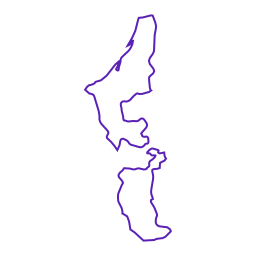 the Emirate of Ras Al Khaymah
{"feature_id": "ARE-338", "entity_name": "Ras Al Khaymah", "entity_type": "Emirate", "adm_level": 1, "iso_a3": "ARE", "parent_name": "United Arab Emirates", "parent_adm1": "", "projection": "mercator", "projection_center": [56.062, 25.448], "detail": "fine", "context": "isolated", "style": "outline", "palette": "violet", "viewbox_px": 256, "rotation_deg": 0, "n_neighbors": 0, "source": "natural_earth", "source_scale": "10m", "svg_char_len": 3373}
<svg xmlns="http://www.w3.org/2000/svg" viewBox="0 0 256 256"><path d="M150.9,15.4L152.7,15.6L155.3,22.5L156.1,26.2L155.7,29.5L154.7,34.9L154.0,51.1L152.9,53.7L149.8,58.1L149.0,60.8L149.7,63.8L153.5,68.9L154.2,71.2L153.1,73.5L151.0,75.2L149.2,77.0L149.1,80.1L149.9,88.2L150.8,90.3L151.1,90.5L148.9,92.0L142.1,93.9L139.9,94.0L138.5,93.8L137.5,93.4L136.7,93.6L135.8,94.2L133.9,95.8L129.9,100.1L128.1,101.1L126.7,101.5L125.7,101.5L124.4,101.3L122.7,101.5L121.4,102.5L120.8,103.7L120.8,105.1L121.6,108.8L121.6,110.2L123.0,116.0L123.4,119.0L123.5,119.7L123.9,120.2L124.5,120.5L126.1,120.8L126.5,121.0L127.6,121.4L128.2,121.5L133.2,121.0L136.6,121.2L137.7,121.0L138.6,120.5L140.7,118.8L140.9,118.8L141.2,118.6L141.9,118.5L142.6,118.5L143.1,118.7L143.3,118.8L144.1,119.6L146.2,122.5L146.7,123.6L147.1,125.0L146.7,126.6L145.7,128.2L141.8,132.6L141.3,133.3L141.2,133.7L141.4,134.1L141.6,134.3L141.8,134.6L142.0,135.0L142.2,135.6L142.4,136.1L143.0,136.5L143.9,136.8L145.0,136.8L146.3,136.5L147.4,137.0L148.2,138.1L148.5,141.8L148.0,143.2L147.2,143.7L146.3,143.7L145.4,144.0L144.3,145.4L143.3,146.3L142.0,147.0L140.6,147.3L138.9,147.0L130.9,144.7L129.9,144.1L129.0,143.1L128.4,142.1L127.8,141.3L126.5,140.3L123.1,138.7L122.0,138.9L120.8,139.6L120.2,141.3L119.5,145.4L117.3,150.1L114.7,146.2L111.2,142.0L107.0,138.0L106.8,136.5L107.4,135.1L108.2,133.7L108.3,131.9L107.2,130.3L101.1,123.6L100.0,121.4L99.5,119.7L99.4,119.1L99.5,117.3L99.3,114.5L98.6,110.7L94.2,96.2L93.3,94.8L92.1,94.2L90.5,93.7L89.3,93.5L85.3,89.9L85.1,89.7L87.3,86.6L89.1,85.2L90.6,85.0L92.6,84.3L94.5,83.4L95.2,82.2L96.0,81.7L100.8,80.4L106.6,75.7L115.4,64.5L119.8,60.6L118.8,62.3L117.8,66.0L116.1,69.1L116.8,70.2L118.0,70.5L118.6,69.9L118.9,67.2L120.4,62.1L120.8,58.7L121.8,57.2L128.7,50.7L130.1,48.8L131.3,46.7L132.3,44.2L133.0,40.8L131.9,40.8L131.3,42.5L130.3,43.9L129.1,45.0L127.6,45.7L131.8,38.5L135.3,30.9L138.2,19.4L138.9,17.8L142.6,17.5L150.9,15.4ZM164.2,152.5L164.5,155.4L165.1,157.2L166.0,158.7L164.5,160.6L160.1,162.8L159.7,167.2L159.8,167.9L157.8,168.7L153.3,169.2L152.3,169.9L152.2,171.1L153.0,174.8L153.2,176.8L153.1,178.8L151.2,190.2L151.1,192.3L151.3,193.9L151.7,195.3L152.2,196.5L152.9,199.0L151.1,200.0L150.9,200.9L151.0,202.1L154.2,207.3L156.3,212.3L157.0,214.5L157.0,215.9L156.5,217.0L155.9,218.8L155.7,222.4L156.5,224.4L157.9,225.7L159.4,226.3L167.3,227.3L170.1,229.4L170.8,231.4L165.5,236.7L162.6,238.1L156.5,238.9L154.1,240.0L143.5,240.6L134.6,232.4L130.4,229.5L129.1,221.6L127.2,216.4L122.8,213.6L122.4,213.5L122.5,211.7L121.6,207.9L118.8,202.5L118.2,200.7L118.0,198.0L118.0,195.8L118.3,193.5L121.9,184.8L122.9,183.2L122.9,182.5L122.3,181.2L121.4,180.0L119.4,177.7L118.7,176.7L118.6,175.9L118.5,175.0L120.0,172.5L122.3,170.7L124.1,168.2L130.1,168.6L132.6,169.3L134.6,169.4L136.0,169.0L137.6,168.4L139.1,168.4L144.0,169.5L145.7,169.2L146.7,168.7L147.1,167.9L147.6,167.4L148.5,166.8L149.0,166.3L149.3,165.5L149.3,164.6L149.1,163.6L149.3,162.4L150.0,161.1L152.6,159.3L153.8,158.2L154.7,157.3L155.4,155.8L155.5,155.6L155.4,155.5L155.3,155.4L155.1,155.3L152.9,155.4L152.3,155.3L151.8,155.3L151.3,155.0L151.0,154.7L150.2,153.7L149.5,153.4L148.7,153.3L147.6,153.4L147.2,153.1L147.3,152.2L149.5,149.9L150.8,149.0L152.0,148.5L152.7,148.5L157.9,150.0L158.4,150.3L158.6,150.7L158.4,151.2L158.2,151.7L158.1,152.3L158.3,152.7L159.7,153.4L164.2,152.5Z" fill="none" stroke="#5b21b6" stroke-width="2"/></svg>